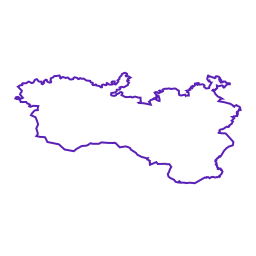 Sausnējas pag., Erglu, Latvia (Robinson projection)
{"feature_id": "27541924B72961238006119", "entity_name": "Sausnējas pag.", "entity_type": "district", "adm_level": 2, "iso_a3": "LVA", "parent_name": "Latvia", "parent_adm1": "Erglu", "projection": "robinson", "projection_center": [25.654, 56.823], "detail": "fine", "context": "isolated", "style": "outline", "palette": "violet", "viewbox_px": 256, "rotation_deg": 0, "n_neighbors": 0, "source": "geoboundaries", "source_scale": "gbopen_adm2", "svg_char_len": 5706}
<svg xmlns="http://www.w3.org/2000/svg" viewBox="0 0 256 256"><path d="M229.1,126.6L229.5,125.6L229.3,125.4L231.6,123.9L232.9,121.5L231.7,120.7L234.1,118.3L232.4,117.0L233.5,116.9L234.0,116.2L234.7,116.5L236.3,115.9L237.1,116.0L237.1,115.2L237.8,114.6L237.8,113.8L236.9,113.9L236.9,113.2L236.7,112.8L236.9,111.9L238.1,111.6L238.0,111.2L238.5,110.8L239.0,109.5L240.1,110.1L240.6,110.0L239.9,107.2L239.1,106.6L237.1,105.7L236.5,105.1L234.6,106.0L234.3,106.7L233.4,106.3L232.8,105.3L229.8,103.5L229.3,103.6L224.7,102.3L218.6,101.2L220.7,98.8L222.1,98.7L220.2,97.5L217.9,96.6L215.4,94.0L213.9,91.1L212.4,90.5L212.8,89.9L213.6,89.6L214.8,90.3L215.8,89.5L215.9,88.9L217.1,88.3L216.9,85.6L218.2,86.3L222.1,85.4L223.2,86.1L223.3,87.4L223.7,87.6L224.3,87.4L225.8,85.5L226.9,84.6L228.0,84.2L229.8,84.3L229.9,84.0L229.8,83.4L229.1,83.2L226.7,83.2L226.3,82.6L225.7,82.3L225.3,81.6L223.6,81.5L222.7,82.3L220.8,82.5L220.4,81.9L221.3,82.0L221.6,81.6L220.8,81.1L221.1,80.8L221.2,80.5L220.9,80.3L221.2,80.1L220.2,79.1L219.2,79.5L219.1,79.2L220.2,78.6L220.2,78.3L218.9,76.8L217.2,76.3L216.0,76.3L215.5,76.7L215.6,77.6L214.8,78.2L210.5,76.5L209.4,76.7L208.6,75.6L207.9,75.7L207.8,77.2L207.4,77.6L207.3,79.3L208.7,81.2L209.4,80.7L209.5,81.3L211.2,82.7L211.5,82.7L209.3,86.5L209.1,88.1L206.1,88.5L204.2,87.0L204.1,86.3L204.5,85.7L204.0,84.9L202.7,84.3L199.4,84.6L198.9,83.6L197.5,84.9L196.2,84.1L196.8,83.3L194.9,83.6L194.8,85.5L193.8,86.3L192.7,85.9L191.1,86.8L191.0,87.3L191.5,87.8L192.3,88.0L192.2,88.3L190.0,88.4L189.6,88.8L190.1,89.8L187.0,90.6L187.8,91.0L187.2,92.0L188.5,92.3L188.8,95.5L185.9,95.6L185.7,95.8L185.1,94.7L181.0,95.5L179.3,95.0L178.8,93.2L179.0,92.8L178.8,90.6L177.7,90.2L175.8,88.7L174.7,88.5L170.9,89.0L169.1,88.4L166.9,88.8L165.0,88.7L162.6,89.6L163.0,91.2L161.4,92.0L160.5,90.8L159.8,90.5L159.3,90.7L160.1,91.8L160.1,92.5L158.5,93.3L157.2,92.1L155.5,92.1L154.6,92.6L155.1,93.4L157.1,95.3L156.2,96.1L156.9,97.8L158.7,96.3L159.6,99.3L159.5,101.0L158.4,100.8L157.1,100.2L156.1,99.5L155.9,98.9L154.4,98.8L154.7,98.1L154.1,98.2L153.3,98.8L153.5,99.2L150.6,100.1L149.0,101.8L149.9,102.4L150.8,104.7L143.5,103.2L142.6,103.3L141.1,103.0L139.0,103.1L138.6,102.8L141.0,102.1L140.6,100.1L140.5,97.7L138.9,97.7L134.9,96.6L132.2,97.5L130.8,96.7L129.6,97.0L125.4,97.1L121.5,95.0L122.4,93.6L122.4,92.8L121.4,92.1L119.9,92.3L118.5,93.6L116.4,94.1L116.1,95.2L114.3,95.9L111.8,95.5L111.0,94.8L111.3,93.1L115.5,92.3L116.7,91.1L116.7,89.8L119.7,89.5L120.4,88.5L119.7,87.5L121.5,86.8L123.9,87.3L127.8,85.0L128.2,83.7L129.0,82.6L127.2,81.3L127.3,80.3L128.4,80.1L128.0,79.6L128.1,78.8L130.5,77.6L128.8,76.4L126.4,76.4L125.8,76.1L125.7,75.7L126.9,74.9L127.2,74.1L126.8,73.6L125.1,72.8L124.3,72.9L121.8,74.2L121.6,75.4L119.6,77.3L119.3,77.9L119.5,78.8L117.6,80.3L118.4,81.1L118.3,81.6L115.9,84.3L115.5,84.5L114.8,84.1L114.7,81.5L113.0,81.4L111.8,81.8L111.5,82.3L111.9,83.0L113.0,83.8L112.7,84.4L110.6,84.7L109.6,84.5L108.4,84.2L107.6,83.3L106.9,83.0L106.6,83.3L106.7,84.5L106.4,85.1L105.7,85.2L103.3,84.5L102.2,84.9L101.9,85.4L102.0,87.1L101.3,87.4L100.7,87.2L99.6,86.1L96.2,85.4L96.0,85.1L96.0,84.6L95.8,84.5L94.2,85.1L92.8,85.0L92.4,84.5L92.8,83.5L92.7,82.8L90.7,82.3L90.2,80.9L86.4,80.5L83.7,78.6L81.7,78.8L80.1,78.1L79.0,79.0L78.2,79.1L77.5,78.1L74.7,77.3L73.7,77.7L73.2,79.1L70.8,79.5L69.5,79.2L68.3,77.8L67.6,77.5L65.9,78.0L62.8,77.0L61.9,77.3L61.4,78.0L60.6,78.4L60.2,78.0L59.9,76.1L59.4,75.5L56.1,76.1L54.5,76.0L52.7,77.6L50.8,78.3L50.8,79.5L50.4,80.3L51.2,81.5L51.0,82.3L49.6,82.6L47.7,81.9L46.9,81.1L46.9,80.1L45.8,79.7L44.2,80.9L44.0,81.1L44.1,82.7L43.1,83.9L42.3,84.2L41.6,83.8L41.6,83.0L41.9,82.2L41.6,81.7L39.6,81.7L38.5,81.3L37.2,79.4L36.3,79.2L34.8,80.0L33.6,82.2L32.8,82.9L31.4,83.0L29.4,81.8L28.3,81.7L26.3,83.2L22.5,83.3L22.2,83.8L22.5,84.7L22.3,85.1L20.4,85.2L17.9,86.7L21.8,90.6L21.5,92.0L20.7,92.8L20.0,94.4L22.9,97.8L21.3,98.6L20.0,98.5L19.3,97.7L18.0,96.9L16.1,97.2L15.4,98.5L16.3,98.9L19.8,99.4L20.7,102.0L26.2,102.0L27.1,103.3L30.1,104.6L30.5,104.4L29.2,106.3L30.3,106.8L33.3,105.8L38.3,106.1L37.6,108.8L37.8,110.1L35.2,110.3L34.3,110.8L31.7,113.8L31.0,115.2L35.5,117.2L37.0,120.9L38.1,124.5L36.3,128.4L37.8,133.4L37.6,134.4L36.4,136.1L40.6,137.0L42.5,136.9L45.1,137.3L47.4,142.0L58.8,144.3L64.6,149.5L73.8,151.2L76.7,148.8L81.8,146.0L86.2,145.7L87.9,145.0L90.6,143.2L92.5,143.8L98.8,143.8L101.4,142.4L107.9,142.9L113.9,143.0L114.2,142.7L115.6,143.1L119.7,147.3L125.8,146.4L128.3,147.2L130.3,148.2L130.7,149.5L136.0,152.9L137.3,154.7L141.6,156.9L146.8,158.3L147.6,158.2L147.0,159.1L147.2,159.5L148.4,159.8L148.9,160.4L149.8,160.9L149.5,161.6L150.1,162.6L149.7,163.6L150.0,164.8L156.3,162.1L157.8,164.0L165.9,163.8L166.5,164.2L169.4,164.2L171.3,167.0L170.0,169.0L169.0,171.9L167.8,174.0L168.5,176.6L170.1,177.9L174.1,179.8L175.6,181.8L178.1,182.5L179.2,181.2L179.9,181.7L179.4,182.2L179.8,182.7L184.8,182.7L185.7,183.1L189.7,182.7L194.8,183.2L204.8,177.5L206.4,177.8L206.7,177.1L208.2,177.1L209.7,178.2L211.2,177.2L212.7,176.8L215.1,177.5L217.4,177.0L217.7,177.2L219.0,176.2L219.7,176.8L219.8,176.6L219.1,176.1L221.5,174.0L222.5,171.7L222.2,171.4L221.8,170.1L220.9,170.0L220.7,169.5L220.8,168.9L220.6,168.6L219.8,168.5L218.4,169.2L217.8,169.0L218.1,167.8L217.4,167.5L217.1,167.0L217.0,166.4L217.2,166.0L216.6,165.4L216.7,164.9L215.8,164.5L215.7,164.3L216.6,163.4L216.2,162.1L215.3,161.5L215.3,161.0L216.3,160.2L215.9,159.7L216.5,159.3L217.2,158.3L217.9,158.2L218.9,157.1L219.4,157.0L219.0,156.5L219.5,156.2L221.0,155.9L224.1,150.7L226.6,148.1L228.8,146.6L232.8,145.3L233.4,142.0L225.9,133.6L224.7,133.3L223.3,133.4L218.7,132.9L218.7,132.6L219.7,132.0L219.8,131.6L219.4,130.6L219.6,130.1L220.3,129.6L223.2,129.0L226.6,126.7L228.3,127.0L229.1,126.6Z" fill="none" stroke="#5b21b6" stroke-width="2"/></svg>